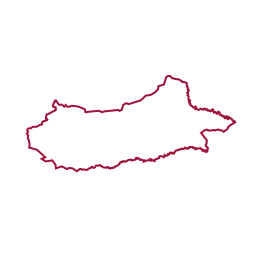 Jordão, Acre, Brazil (Natural Earth projection), rotated 59°
{"feature_id": "56859067B10244849047015", "entity_name": "Jordão", "entity_type": "district", "adm_level": 2, "iso_a3": "BRA", "parent_name": "Brazil", "parent_adm1": "Acre", "projection": "natural_earth1", "projection_center": [-71.804, -9.222], "detail": "fine", "context": "isolated", "style": "outline", "palette": "rose", "viewbox_px": 256, "rotation_deg": 59, "n_neighbors": 0, "source": "geoboundaries", "source_scale": "gbopen_adm2", "svg_char_len": 5830}
<svg xmlns="http://www.w3.org/2000/svg" viewBox="0 0 256 256"><g transform="rotate(59 128 128)"><path d="M188.9,72.0L188.0,71.6L187.7,70.9L187.1,70.7L186.2,69.8L185.1,70.0L184.5,70.4L183.7,70.3L183.1,70.4L182.6,70.1L182.1,69.2L181.0,68.0L180.4,67.8L179.8,67.2L179.1,66.8L169.9,67.8L170.1,67.1L169.5,65.9L169.4,64.5L169.7,61.8L170.2,61.2L171.4,60.5L171.6,59.8L172.1,59.6L172.7,58.8L173.5,56.2L175.0,54.6L175.1,54.1L174.9,53.7L176.1,51.0L177.0,50.7L177.2,50.2L177.9,49.6L178.5,48.7L179.0,48.6L180.4,48.1L180.5,47.4L180.1,46.2L180.3,45.8L180.1,43.4L179.9,42.9L179.6,42.5L179.0,42.2L178.7,41.7L178.7,40.4L178.2,39.2L178.3,38.7L178.1,38.2L178.4,37.6L178.2,35.7L178.4,33.3L177.5,33.3L177.0,33.2L176.8,33.8L175.8,34.7L175.2,34.6L174.6,34.1L174.1,34.5L172.5,35.0L171.7,35.6L172.1,37.5L171.6,38.0L171.2,38.1L170.8,37.9L171.1,37.2L170.8,36.4L170.3,36.0L169.8,36.9L168.5,37.7L168.8,38.5L169.7,39.8L169.1,40.2L168.1,39.6L167.5,39.6L167.0,39.9L166.6,41.1L166.0,41.3L165.6,40.9L165.1,41.0L164.6,41.5L163.8,42.7L163.3,42.7L162.1,41.5L161.6,41.7L160.9,41.7L160.5,42.1L160.7,43.0L161.0,43.5L161.5,43.8L161.6,44.5L160.9,44.8L160.4,44.5L159.2,44.9L159.0,46.5L158.0,46.2L157.1,46.8L156.6,46.3L156.3,45.5L155.6,45.7L155.5,46.1L155.7,47.0L155.6,47.6L156.1,48.0L156.1,48.6L155.5,48.5L155.3,49.5L154.9,49.8L154.5,49.7L154.1,49.9L154.0,50.7L152.6,50.6L152.3,52.1L151.2,52.0L150.8,52.2L150.7,52.9L150.7,53.6L151.0,54.2L149.1,55.5L148.8,55.9L149.0,57.1L148.9,57.9L148.5,58.4L147.4,59.2L146.5,60.4L146.2,60.6L145.8,60.1L145.9,59.5L145.7,59.0L145.1,59.0L144.3,59.2L144.6,59.9L144.6,60.7L144.1,61.4L142.1,61.8L141.8,62.3L141.0,62.6L139.8,62.1L139.5,62.7L138.5,62.3L138.0,61.8L137.2,62.4L136.7,61.8L136.9,61.1L136.6,60.7L136.1,60.6L135.7,61.2L135.2,61.6L134.9,61.2L134.2,61.2L133.5,60.8L132.6,59.9L131.3,59.7L130.7,60.1L130.3,59.7L130.2,59.2L129.9,59.0L128.8,59.2L128.3,59.1L128.4,58.2L127.8,58.0L127.2,56.5L126.8,56.4L126.4,56.9L125.9,57.1L125.6,56.6L125.2,56.7L124.9,56.3L123.9,55.9L123.1,56.1L122.6,55.5L122.2,55.7L120.9,55.4L120.4,54.8L119.9,54.5L117.9,55.7L116.8,57.6L116.4,57.8L116.0,57.7L115.1,57.9L114.9,58.3L114.3,58.4L112.9,59.2L111.8,60.1L111.6,60.8L110.5,62.1L110.0,62.4L109.3,63.3L108.8,63.5L107.9,64.6L107.0,64.9L105.7,64.8L104.5,66.0L104.0,67.1L104.0,68.2L104.1,69.1L109.2,74.8L107.8,80.4L110.3,82.2L110.6,83.7L111.4,86.5L111.3,91.6L109.4,96.0L110.9,102.7L108.0,114.8L105.7,117.0L105.8,120.2L109.2,124.0L109.0,126.5L107.6,126.9L101.6,139.7L101.1,142.1L98.4,143.9L94.3,152.3L92.6,156.3L89.5,155.4L83.9,159.7L80.1,164.6L79.6,166.0L79.7,167.1L78.2,169.4L76.2,169.5L76.8,171.7L73.8,172.7L72.9,174.7L72.3,175.2L67.2,175.6L67.4,176.3L67.1,176.9L67.5,177.4L67.9,177.3L68.2,178.5L69.4,180.1L70.4,181.0L71.2,181.1L71.3,180.6L72.5,180.0L72.9,179.4L74.2,179.8L74.7,180.6L75.2,180.5L75.4,181.8L75.2,183.3L75.3,184.0L75.0,185.1L75.1,186.6L74.9,187.9L75.1,188.9L74.5,190.5L74.9,191.2L77.1,193.3L77.8,193.5L78.0,192.9L78.6,192.8L79.3,192.8L79.6,193.6L78.9,196.5L78.6,197.0L78.6,197.6L78.8,198.2L79.3,199.0L79.8,199.5L80.5,199.8L80.0,202.6L79.8,203.2L80.0,204.2L79.8,205.7L78.0,209.0L77.9,210.0L78.3,211.1L77.3,213.0L77.1,214.0L77.4,215.0L78.4,215.6L79.1,215.5L79.8,215.7L80.2,216.8L80.8,217.6L82.8,217.3L84.1,218.2L85.0,219.1L85.8,219.3L86.9,219.1L88.9,220.0L90.6,220.4L93.1,221.9L93.8,222.8L99.8,217.2L110.4,214.0L110.0,217.9L114.3,215.7L116.7,209.6L122.2,209.1L125.5,210.5L126.8,204.5L131.9,201.4L131.8,199.1L134.0,196.4L138.8,194.0L138.3,190.6L138.9,189.3L139.8,189.1L140.3,188.6L140.4,187.9L140.8,187.5L141.2,186.5L141.9,186.0L142.9,184.5L142.8,183.7L142.5,182.9L142.8,181.2L143.1,180.6L142.6,179.3L142.8,178.7L143.4,178.6L144.5,178.0L144.7,177.3L144.6,176.6L143.7,174.6L144.0,174.1L144.8,173.4L145.1,172.3L145.1,171.5L145.4,171.0L145.8,170.8L146.8,170.9L147.6,170.1L148.8,169.6L149.7,168.8L150.0,168.3L150.1,167.6L151.0,167.0L150.9,165.7L151.3,165.4L151.5,165.0L152.2,165.2L152.8,165.1L152.9,164.3L153.3,164.2L153.7,163.8L153.6,163.0L153.9,162.5L153.8,161.9L154.4,161.6L154.8,160.7L154.6,160.1L154.6,159.7L154.3,159.3L154.6,158.8L154.5,157.9L154.8,157.2L154.7,156.3L154.6,154.7L154.4,153.9L153.9,153.5L153.6,153.0L153.8,152.6L153.5,152.1L153.9,151.8L153.9,151.0L154.3,150.2L153.7,149.9L154.8,148.0L155.5,147.8L155.4,147.3L155.8,145.7L155.5,145.2L155.8,143.6L156.4,142.1L157.5,141.7L157.3,141.3L157.9,140.9L158.3,140.2L158.6,138.9L158.9,138.3L158.9,137.5L158.4,137.4L158.3,136.7L157.8,136.3L158.7,135.1L159.3,135.4L160.0,134.2L160.5,134.1L161.0,134.3L161.3,133.9L161.8,133.9L162.0,133.3L162.0,132.7L162.5,132.2L164.0,131.9L163.9,130.8L164.3,130.4L164.9,130.4L165.1,130.8L165.3,129.4L165.6,128.7L165.9,127.3L166.4,127.1L166.4,125.7L166.1,125.3L166.7,125.2L166.9,124.1L167.4,124.2L167.7,125.2L168.1,124.8L168.2,124.1L167.9,123.6L169.3,123.0L170.1,122.2L169.0,121.6L168.8,121.3L169.2,120.1L169.2,119.1L169.7,118.5L169.3,117.4L169.6,116.7L169.0,116.5L168.5,115.0L170.9,112.4L171.5,112.3L171.3,111.8L170.8,111.5L170.6,110.9L170.1,110.5L171.3,110.1L171.5,108.8L171.6,107.3L170.9,107.0L171.2,106.4L171.7,106.8L171.6,106.2L171.3,105.9L171.5,105.3L170.8,104.8L171.1,104.0L171.5,103.7L171.7,103.2L172.7,103.3L172.7,102.6L173.1,102.0L173.5,101.7L172.9,101.3L173.0,100.8L172.6,100.4L172.5,99.7L172.1,99.3L172.0,98.8L172.1,98.2L172.5,97.5L172.4,96.8L172.8,96.1L172.7,95.2L173.2,94.8L173.1,93.9L173.3,92.8L173.8,92.9L174.1,92.6L174.3,92.2L174.2,91.3L174.6,90.8L174.8,90.2L174.2,89.3L174.6,88.9L175.3,88.7L175.8,87.6L176.3,87.9L176.6,87.4L176.4,86.7L176.7,85.8L176.1,85.6L175.9,85.0L177.1,83.3L177.5,82.4L178.1,82.5L178.5,81.9L179.1,82.2L179.7,81.8L179.7,80.6L180.1,80.4L180.6,80.9L181.1,80.9L181.5,79.3L181.3,78.8L181.7,78.4L182.0,77.6L182.4,77.2L182.4,76.3L183.8,76.2L184.1,75.5L184.7,75.5L185.2,75.7L185.5,75.0L186.2,75.5L186.5,75.0L186.3,74.3L187.1,73.6L187.2,73.1L188.3,73.9L188.7,73.6L188.9,73.1L188.9,72.0Z" fill="none" stroke="#9f1239" stroke-width="2"/></g></svg>